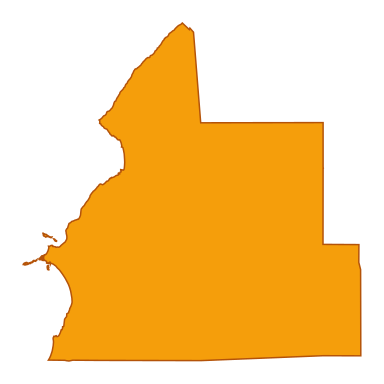 outline of Copper Coast, South Australia, Australia
{"feature_id": "25037944B48925496758456", "entity_name": "Copper Coast", "entity_type": "district", "adm_level": 2, "iso_a3": "AUS", "parent_name": "Australia", "parent_adm1": "South Australia", "projection": "equal_earth", "projection_center": [137.591, -33.943], "detail": "fine", "context": "isolated", "style": "filled", "palette": "amber", "viewbox_px": 384, "rotation_deg": 0, "n_neighbors": 0, "source": "geoboundaries", "source_scale": "gbopen_adm2", "svg_char_len": 5639}
<svg xmlns="http://www.w3.org/2000/svg" viewBox="0 0 384 384"><path d="M182.3,23.0L181.0,24.3L178.6,25.5L177.7,26.2L175.3,28.5L174.0,30.3L172.7,30.9L171.5,32.0L169.2,33.6L168.3,35.6L167.9,36.2L166.7,37.1L165.4,37.6L165.3,38.1L164.5,38.6L164.3,38.9L164.3,39.4L163.9,39.8L163.6,40.3L162.8,41.0L160.8,44.6L159.1,46.4L158.8,47.3L158.3,47.7L157.3,48.1L157.2,49.0L156.9,49.3L156.1,50.4L155.0,51.1L154.7,52.2L153.7,53.7L152.0,55.1L150.5,55.6L150.3,55.8L149.9,57.1L149.4,57.5L147.6,57.6L146.0,58.8L144.6,60.5L144.0,61.0L143.8,61.4L143.0,62.0L142.6,62.8L141.8,63.6L140.6,65.5L139.9,65.9L138.4,67.3L137.6,67.7L136.8,68.6L136.2,68.9L135.5,68.9L134.9,69.3L134.4,70.3L133.7,71.1L133.3,72.4L132.0,74.7L131.6,76.3L131.1,77.3L130.6,78.0L130.1,78.8L129.5,79.3L129.5,79.5L128.6,80.3L127.5,82.1L127.3,83.0L126.0,84.2L125.4,85.2L124.9,86.9L123.8,87.8L123.3,88.8L122.9,89.4L120.4,91.9L119.8,93.1L119.7,93.9L118.6,95.4L118.2,96.5L117.5,97.2L116.6,98.9L115.8,100.9L115.7,101.1L115.0,101.3L114.6,101.7L114.0,103.1L113.4,105.4L112.2,107.9L111.1,108.9L110.4,109.9L109.4,110.8L108.8,111.2L107.7,111.4L106.8,112.1L106.2,114.1L105.6,114.9L105.1,115.3L103.7,115.9L103.2,116.4L101.9,118.1L101.3,118.5L100.4,119.4L99.5,119.7L99.1,120.0L99.7,120.4L99.7,120.6L99.8,122.4L99.8,122.8L99.6,123.2L99.7,123.4L100.3,123.8L100.7,123.8L101.3,125.1L102.0,125.8L103.5,126.8L103.7,127.1L103.9,127.7L104.2,128.0L105.3,128.7L106.8,129.1L107.9,130.6L108.5,131.7L109.6,132.9L109.8,133.8L110.8,134.5L111.3,135.4L111.7,135.8L112.2,135.9L112.7,135.9L113.1,135.6L113.6,135.6L114.1,136.4L114.6,136.9L115.7,137.2L116.6,138.5L117.1,138.8L117.5,139.6L118.9,140.0L119.6,139.8L119.9,140.0L121.1,142.7L121.5,144.5L121.8,146.0L121.5,147.0L122.3,147.2L122.7,147.5L123.0,147.9L123.5,150.2L124.2,153.8L124.6,159.7L124.7,162.5L124.5,165.9L124.3,168.0L124.1,169.1L123.8,169.8L123.4,170.1L120.7,169.6L120.7,170.1L121.6,170.3L121.0,171.0L121.0,171.9L120.1,172.2L119.7,173.0L119.7,173.9L118.9,174.0L118.8,173.9L118.7,173.5L118.4,173.2L118.2,173.7L118.4,174.6L118.1,175.1L116.2,175.5L114.2,176.9L111.2,178.0L111.2,177.7L109.6,178.6L109.5,178.8L109.8,178.9L107.8,181.1L107.5,181.2L106.8,181.2L106.5,181.4L105.4,182.7L103.5,184.3L102.7,184.7L102.2,184.6L101.6,184.3L100.3,184.0L99.9,184.2L99.1,184.9L98.1,186.4L97.3,187.0L96.6,188.1L95.1,189.8L94.0,190.8L93.1,191.4L92.6,192.3L91.5,193.4L91.0,194.4L90.2,195.4L89.8,197.2L87.7,200.7L86.6,201.7L86.2,202.5L85.6,203.1L84.3,205.5L83.0,206.7L81.3,208.9L81.1,209.6L80.5,215.3L79.6,217.5L78.9,218.6L78.3,219.3L77.6,219.2L76.8,219.7L74.9,220.2L73.2,221.1L72.0,221.3L70.3,222.8L69.6,223.1L69.0,223.5L67.6,227.9L67.5,228.2L66.7,228.9L65.9,230.4L65.9,231.2L66.2,232.4L66.2,233.2L66.8,235.8L66.9,237.1L66.8,238.7L66.7,239.2L65.8,240.9L64.9,242.3L64.1,242.8L60.8,245.6L60.6,246.0L59.7,246.8L58.8,247.2L57.0,247.0L56.4,247.3L55.9,247.3L55.2,246.7L52.7,246.5L52.5,246.1L52.8,246.0L52.8,245.7L52.1,245.3L50.9,245.5L49.7,246.3L48.5,246.2L48.8,247.4L48.8,248.0L48.0,250.8L47.0,252.9L46.2,254.1L45.7,254.5L45.5,254.4L45.0,254.7L44.4,254.8L43.8,255.3L42.9,255.7L41.9,255.8L40.7,257.1L40.3,257.8L39.4,258.3L39.7,258.5L39.0,259.3L39.2,259.6L39.8,259.8L40.1,259.8L41.1,259.1L42.1,259.4L42.7,258.9L42.9,258.3L41.5,258.8L40.8,258.7L40.4,258.9L40.2,259.0L40.2,258.8L41.2,258.0L41.5,257.2L41.8,256.8L42.2,256.8L42.8,256.9L43.3,256.5L43.8,256.3L43.3,257.0L43.4,257.4L43.8,257.9L43.7,258.2L43.2,258.1L43.6,258.8L43.1,259.0L43.0,259.4L44.0,259.6L44.3,259.9L44.3,260.1L43.1,260.2L42.8,260.4L43.9,260.5L44.9,260.4L46.2,261.2L46.6,261.8L46.6,263.1L46.9,263.2L47.1,262.8L47.3,262.7L47.9,263.4L48.2,263.4L48.6,263.3L48.5,263.0L48.6,262.8L49.2,262.5L49.7,262.1L50.1,262.1L50.3,262.3L50.4,262.8L50.1,263.6L50.3,264.4L50.6,263.6L51.0,263.4L51.8,263.5L53.3,264.2L55.9,266.1L57.3,267.9L59.5,270.0L62.5,274.1L64.6,277.3L65.4,278.6L68.2,283.9L69.0,285.8L69.8,288.1L70.7,291.3L71.9,298.1L72.1,302.1L71.8,303.7L71.0,306.1L69.7,308.7L69.5,310.1L68.9,311.3L68.5,312.8L66.8,313.8L66.6,316.7L65.8,317.5L64.6,319.2L63.8,326.1L63.5,326.6L62.6,326.7L62.5,328.4L62.1,329.6L61.7,329.9L61.3,329.7L61.2,329.8L60.7,331.6L60.1,333.2L59.0,335.4L58.7,335.7L58.1,336.3L57.2,336.6L56.7,336.5L56.2,335.7L55.6,335.9L54.8,336.6L54.5,336.5L54.2,336.2L53.9,336.2L53.2,337.8L53.1,338.8L53.4,340.5L53.5,342.1L53.2,345.7L52.2,351.1L50.7,355.6L49.7,357.9L48.4,360.1L64.8,360.3L66.5,360.7L69.0,361.0L72.7,360.2L100.4,360.4L200.8,360.6L323.1,355.7L360.8,355.8L360.6,269.6L358.8,262.4L358.9,244.6L323.0,244.4L323.1,168.4L323.3,168.2L323.1,167.3L323.1,122.6L200.7,122.8L193.5,32.2L189.9,28.1L189.3,29.6L182.3,23.0ZM23.2,264.5L24.1,264.4L24.6,264.6L25.4,264.1L25.7,264.3L25.7,264.6L25.4,264.9L26.0,264.9L26.6,264.4L27.1,264.3L27.6,264.5L29.4,263.5L30.5,263.5L30.7,262.9L31.2,262.9L32.3,262.6L34.1,261.0L34.6,261.1L34.1,260.4L33.7,260.4L32.9,261.0L32.2,261.9L28.3,263.2L27.7,263.1L26.8,262.4L26.5,262.4L26.2,262.7L25.6,262.6L25.2,263.0L24.4,263.0L23.2,264.3L23.2,264.5ZM43.9,236.1L44.6,236.2L45.6,237.1L46.1,237.0L46.7,236.6L47.2,236.5L49.0,236.9L50.5,237.6L51.2,237.7L51.7,237.4L51.9,237.0L51.2,237.1L50.5,236.9L50.0,237.0L46.7,234.9L46.6,234.6L46.2,234.4L45.1,234.3L44.8,234.0L43.6,233.6L43.0,233.1L42.9,233.2L43.1,234.0L43.5,233.9L43.9,234.4L43.9,234.7L43.6,235.1L43.4,235.6L43.9,236.1ZM48.5,266.7L48.5,265.6L48.4,265.4L48.0,265.5L47.3,266.0L47.2,266.4L47.2,267.8L47.3,268.3L47.7,268.6L47.6,269.1L47.6,269.5L48.8,269.9L48.9,269.6L48.1,268.8L48.2,268.4L48.8,267.8L48.7,267.1L48.5,266.7ZM53.7,238.9L55.0,240.9L55.6,241.2L56.4,241.4L56.6,241.2L56.6,240.8L55.3,240.0L54.8,239.3L54.4,239.0L53.7,238.9ZM35.5,261.1L36.5,260.6L36.7,260.4L36.9,259.6L35.4,260.7L35.3,261.0L35.5,261.1Z" fill="#f59e0b" stroke="#b45309" stroke-width="1.5"/></svg>